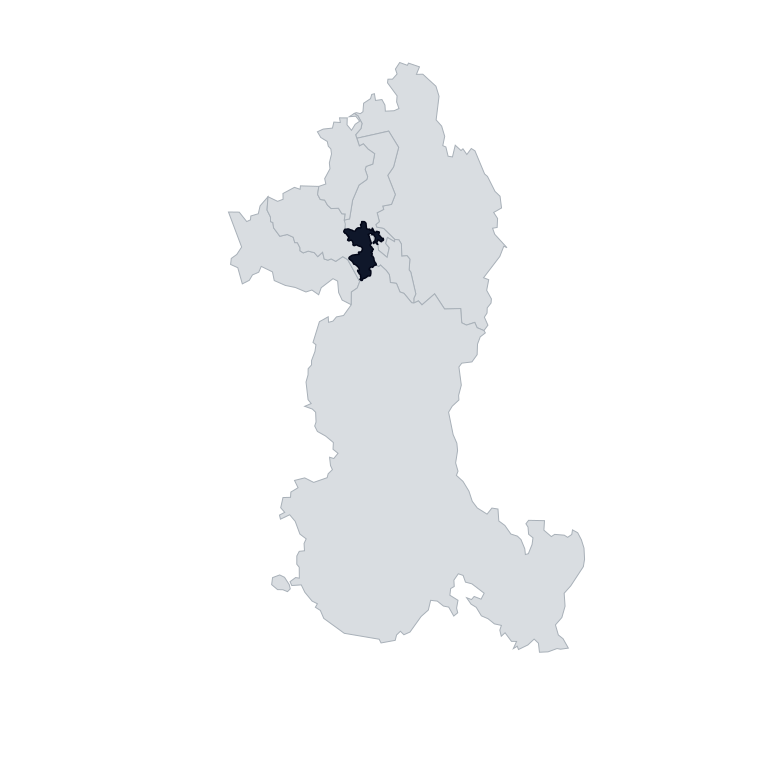 Tajikistan highlighted among its neighbors, rotated 74°
{"feature_id": "TJK", "entity_name": "Tajikistan", "entity_type": "country or territory", "adm_level": 0, "iso_a3": "TJK", "parent_name": "Asia", "parent_adm1": "", "projection": "robinson", "projection_center": [70.744, 38.86], "detail": "fine", "context": "with_neighbors", "style": "filled", "palette": "ink", "viewbox_px": 768, "rotation_deg": 74, "n_neighbors": 7, "source": "natural_earth", "source_scale": "50m", "svg_char_len": 11708}
<svg xmlns="http://www.w3.org/2000/svg" viewBox="0 0 768 768"><g transform="rotate(74 384 384)"><path d="M360.2,273.2L355.5,279.0L349.8,279.8L350.1,288.5L346.6,292.4L332.6,289.5L328.6,305.1L311.3,310.5L318.4,325.7L313.6,328.0L314.4,333.0L309.9,331.7L306.2,328.6L283.8,327.4L281.3,328.4L271.1,324.7L267.0,326.5L266.0,331.7L254.3,328.7L249.6,329.9L248.0,333.8L234.4,341.5L231.2,347.8L228.5,347.9L226.6,343.7L217.5,343.4L216.1,336.2L212.6,336.2L213.4,327.3L205.0,320.9L184.5,322.9L178.0,315.0L160.6,304.7L142.2,309.8L140.3,342.2L136.6,342.6L132.1,335.7L127.4,333.3L119.1,335.1L115.7,338.0L115.5,335.9L117.6,332.2L116.5,329.2L108.5,326.2L106.0,318.3L102.3,316.0L102.3,313.2L109.1,314.0L110.0,307.6L116.1,306.2L122.1,307.5L124.1,299.0L123.3,293.7L116.3,294.1L110.6,292.0L95.5,297.6L92.1,296.2L93.3,291.8L89.6,286.0L84.4,286.2L79.3,280.3L84.1,273.7L82.3,272.0L88.9,262.5L95.3,267.5L96.9,261.3L112.1,252.0L122.6,251.8L144.5,261.1L152.0,257.5L162.7,257.4L171.1,261.8L173.2,259.2L182.7,259.6L184.6,255.6L174.1,249.7L180.8,245.6L179.7,243.3L186.2,241.1L181.7,235.2L184.9,232.3L209.8,229.4L213.0,227.3L229.5,224.2L235.5,220.7L247.2,222.5L249.3,231.3L256.2,229.2L264.7,232.1L264.2,236.7L270.6,236.3L286.9,228.2L284.6,230.9L293.3,237.5L309.3,259.0L312.6,254.6L322.3,259.5L331.8,257.3L335.7,258.8L339.3,263.8L344.2,265.4L347.4,269.1L356.1,267.9L360.2,273.2Z" fill="#d9dde1" stroke="#a8b0b8" stroke-width="1"/><path d="M140.3,342.2L142.2,309.8L160.6,304.7L178.0,315.0L184.5,322.9L205.0,320.9L213.4,327.3L212.6,336.2L216.1,336.2L217.5,343.4L226.6,343.7L228.5,347.9L231.2,347.8L234.4,341.5L248.0,333.8L250.1,334.6L244.1,340.3L249.4,343.6L254.5,341.4L263.1,346.1L253.9,352.4L245.4,351.8L244.4,349.3L245.9,345.2L236.2,347.3L230.4,357.8L224.4,357.4L222.4,361.3L227.7,363.4L229.3,370.0L225.1,379.0L215.5,377.0L215.8,371.6L198.6,363.5L185.9,353.2L182.7,344.2L180.3,342.6L172.6,343.0L169.9,341.2L169.5,334.2L160.1,329.5L153.8,334.6L147.5,337.6L148.4,342.1L140.3,342.2Z" fill="#d9dde1" stroke="#a8b0b8" stroke-width="1"/><path d="M298.8,393.6L291.8,401.1L283.6,402.4L272.3,400.2L268.7,404.0L274.1,417.8L280.2,422.2L273.8,427.4L274.0,433.7L266.8,442.6L262.1,451.6L254.3,461.0L245.5,460.3L237.1,469.6L242.0,473.6L242.9,480.4L247.2,484.9L248.7,492.6L231.9,492.5L226.8,498.5L221.2,496.2L218.9,489.8L213.1,483.1L175.8,486.1L178.9,475.8L190.0,471.2L189.4,467.1L185.8,465.7L185.7,457.9L178.6,454.0L172.0,443.9L184.6,448.5L192.1,447.1L196.6,448.3L198.2,446.3L203.4,447.1L213.3,443.4L213.6,435.8L217.9,430.8L223.5,430.8L224.3,428.3L230.0,427.2L232.8,428.0L235.7,425.5L235.4,420.2L238.5,414.8L243.3,412.6L240.4,406.7L247.4,407.0L249.5,403.8L249.2,400.3L252.8,396.6L250.2,388.5L254.5,384.6L278.8,379.1L284.3,383.2L286.6,390.0L298.8,393.6Z" fill="#d9dde1" stroke="#a8b0b8" stroke-width="1"/><path d="M215.5,377.0L219.6,377.1L227.3,380.1L232.6,377.2L235.1,378.9L237.5,374.9L241.8,375.0L243.7,370.2L246.9,367.1L250.8,369.1L250.0,371.8L252.2,372.2L251.6,379.7L254.5,382.6L260.3,379.8L264.8,375.9L277.4,376.5L278.8,379.1L254.5,384.6L250.2,388.5L252.8,396.6L249.2,400.3L249.5,403.8L247.4,407.0L240.4,406.7L243.3,412.6L238.5,414.8L235.4,420.2L235.7,425.5L232.8,428.0L230.0,427.2L224.3,428.3L223.5,430.8L217.9,430.8L213.6,435.8L213.3,443.4L203.4,447.1L198.2,446.3L196.6,448.3L192.1,447.1L184.6,448.5L172.0,443.9L179.1,435.9L178.6,430.1L173.0,428.6L170.3,415.9L173.7,411.0L170.5,409.7L176.1,392.2L183.5,395.6L189.1,394.4L190.8,390.4L196.6,389.0L200.8,386.4L202.5,379.3L208.7,377.6L209.9,374.4L215.5,377.0Z" fill="#d9dde1" stroke="#a8b0b8" stroke-width="1"/><path d="M248.0,333.8L249.6,329.9L254.3,328.7L266.0,331.7L267.0,326.5L271.1,324.7L281.3,328.4L283.8,327.4L306.2,328.6L309.9,331.7L314.4,333.0L313.5,335.0L302.4,339.8L299.9,343.3L290.7,344.3L288.2,349.9L280.5,348.7L275.5,350.5L268.7,354.6L269.7,356.7L267.7,358.7L254.0,360.1L245.0,357.2L237.1,357.9L237.9,352.8L245.7,354.3L248.4,351.5L253.9,352.4L263.1,346.1L254.5,341.4L249.4,343.6L244.1,340.3L250.1,334.6L248.0,333.8Z" fill="#d9dde1" stroke="#a8b0b8" stroke-width="1"/><path d="M115.7,338.0L119.1,335.1L127.4,333.3L132.1,335.7L136.6,342.6L148.4,342.1L147.5,337.6L153.8,334.6L160.1,329.5L169.5,334.2L169.9,341.2L172.6,343.0L180.3,342.6L182.7,344.2L185.9,353.2L198.6,363.5L215.8,371.6L215.5,377.0L209.9,374.4L208.7,377.6L202.5,379.3L200.8,386.4L196.6,389.0L190.8,390.4L189.1,394.4L183.5,395.6L176.1,392.2L175.7,384.8L170.2,384.4L162.2,376.6L156.4,375.6L148.5,371.1L143.4,370.3L140.1,372.0L135.2,371.7L129.7,376.8L123.2,378.5L122.2,372.2L123.8,363.0L118.4,360.0L120.6,353.9L115.9,353.4L118.1,346.0L124.7,348.1L131.2,345.3L126.4,340.1L124.7,335.0L118.8,337.3L117.5,343.7L115.7,338.0Z" fill="#d9dde1" stroke="#a8b0b8" stroke-width="1"/><path d="M545.9,547.3L539.4,544.5L538.8,536.9L542.4,532.9L550.7,530.4L555.1,530.6L557.0,534.0L553.9,537.9L552.3,543.0L545.9,547.3ZM314.4,333.0L313.6,328.0L318.4,325.7L311.3,310.5L328.6,305.1L332.6,289.5L346.6,292.4L350.1,288.5L349.8,279.8L355.5,279.0L360.2,273.2L362.8,272.5L365.2,278.5L371.4,283.1L381.5,286.4L387.0,293.4L385.4,303.5L388.3,307.3L406.4,310.0L415.5,315.4L420.0,316.4L424.1,324.5L428.9,329.7L451.7,331.5L461.0,330.3L468.2,331.6L479.6,336.9L488.2,336.9L491.8,339.6L499.4,334.9L510.4,331.9L521.1,331.5L528.9,328.5L537.5,320.8L533.0,314.5L535.6,308.9L547.3,311.4L553.3,306.8L563.2,303.4L567.0,297.7L571.3,295.2L581.2,294.1L586.9,295.1L586.9,292.0L579.1,285.9L572.9,283.2L568.3,286.4L561.2,285.0L557.5,286.1L554.9,282.6L559.6,267.4L568.6,270.6L576.8,265.2L575.6,261.4L579.0,252.4L582.0,249.7L580.4,245.0L576.2,243.0L580.4,238.8L588.2,237.2L596.9,237.0L607.7,239.5L614.5,242.7L629.5,260.1L634.8,268.5L647.5,271.2L657.5,277.4L662.8,285.6L673.3,285.6L678.2,282.1L688.7,279.6L687.6,287.4L686.0,290.6L686.7,300.1L684.7,308.5L675.7,307.0L670.6,310.0L674.5,317.6L676.3,327.9L672.8,328.2L674.0,332.6L668.0,327.5L666.5,332.4L656.5,336.2L658.8,340.8L652.5,340.5L648.4,337.7L645.0,344.0L638.3,348.7L633.7,354.3L624.1,356.9L619.6,361.0L612.2,363.5L615.3,359.3L613.1,355.9L617.6,350.0L612.7,345.4L600.3,354.6L596.9,360.3L589.8,360.7L586.9,364.9L591.8,370.9L598.0,372.3L599.0,376.3L605.2,378.9L612.3,372.5L619.4,376.0L624.2,376.2L626.3,380.9L616.3,383.3L613.8,388.1L607.4,392.6L604.8,398.8L613.5,403.7L617.7,412.4L629.6,427.4L630.5,434.0L626.2,436.4L628.7,441.1L633.5,443.9L632.1,458.2L628.0,459.0L612.7,490.9L592.7,506.5L584.1,507.6L579.7,511.5L576.9,508.6L572.8,513.0L562.4,517.5L554.3,518.9L552.3,528.2L548.1,528.8L545.7,522.3L547.3,518.9L536.8,516.0L533.2,517.5L525.3,515.2L521.5,511.6L522.4,506.4L515.3,504.8L511.4,501.5L505.1,506.2L491.6,507.2L483.7,510.7L485.4,520.8L481.2,520.6L480.0,514.8L474.5,517.4L465.3,512.4L467.2,505.1L462.2,503.3L460.0,495.2L452.0,496.6L452.4,486.1L459.2,478.7L458.4,464.5L454.9,462.4L452.1,457.2L447.7,457.9L439.4,456.5L441.8,452.8L437.9,447.3L432.7,451.0L426.3,448.8L417.9,454.5L411.3,461.1L405.3,462.2L401.8,459.8L392.3,457.5L388.3,459.8L383.6,466.4L382.7,459.4L378.1,461.3L360.6,458.4L354.3,454.5L348.4,452.7L345.7,448.4L341.5,447.2L333.7,441.4L327.5,438.6L324.5,440.8L306.3,428.9L304.0,419.1L309.4,420.3L309.5,415.8L306.4,411.2L307.0,404.0L298.8,393.6L286.6,390.0L284.3,383.2L278.8,379.1L277.4,376.5L276.5,368.0L272.0,366.0L269.6,366.9L267.7,358.7L269.7,356.7L268.7,354.6L275.5,350.5L280.5,348.7L288.2,349.9L290.7,344.3L299.9,343.3L302.4,339.8L313.5,335.0L314.4,333.0Z" fill="#d9dde1" stroke="#a8b0b8" stroke-width="1"/><path d="M224.5,378.7L224.8,378.1L225.0,375.9L225.3,375.2L226.4,373.9L227.0,372.9L227.6,372.0L228.1,371.8L228.5,371.1L228.9,370.4L229.0,369.9L229.0,369.5L228.8,369.3L228.2,368.8L227.5,368.0L227.1,367.2L226.8,366.2L226.8,365.5L227.5,363.5L227.4,363.2L227.2,362.9L226.8,362.7L226.2,362.6L225.6,362.7L224.8,362.7L224.3,362.6L224.1,362.5L224.1,361.6L223.9,361.4L223.7,361.2L222.1,360.8L221.8,360.6L221.8,360.4L222.4,358.4L222.6,358.3L222.8,357.9L223.2,357.6L224.5,357.0L225.9,357.3L227.1,357.5L228.3,357.7L228.7,357.8L229.4,357.9L229.9,357.8L230.2,357.6L230.8,356.9L231.0,356.0L231.2,355.1L231.5,355.0L231.9,355.1L232.0,355.0L232.1,354.7L232.3,354.5L232.6,354.7L232.8,354.5L232.8,354.3L232.5,354.0L232.3,353.6L232.3,353.4L232.4,353.2L233.1,353.1L233.5,353.1L233.6,352.9L233.6,352.6L233.3,352.5L232.3,352.6L231.2,352.5L231.1,352.4L231.1,352.2L231.3,352.1L233.5,351.7L234.6,351.9L235.5,352.0L235.8,351.9L235.4,351.2L235.9,351.1L236.0,350.8L235.3,348.7L235.7,348.5L236.1,348.1L236.1,347.3L236.4,346.9L236.8,346.7L237.4,346.9L238.4,347.7L238.7,347.9L239.0,347.9L239.4,347.7L241.1,346.9L242.0,346.5L243.2,345.9L243.4,345.6L243.7,344.7L244.0,344.6L245.2,345.7L245.8,346.3L245.8,346.5L245.6,346.7L245.7,346.8L246.5,347.2L246.5,347.3L246.3,347.6L246.2,347.8L245.0,348.7L243.8,349.7L243.8,349.8L243.7,350.1L243.7,350.3L243.9,350.5L244.4,350.7L244.9,350.8L245.1,351.3L245.4,351.8L245.8,351.9L247.5,351.6L248.0,351.6L247.9,352.0L246.4,352.5L245.7,353.0L245.6,353.7L245.4,353.9L245.1,354.1L244.8,354.1L244.3,353.3L243.8,353.1L243.0,352.8L241.6,352.2L240.8,351.9L239.3,352.3L237.6,352.8L237.4,353.2L237.2,353.5L237.2,353.8L237.3,354.1L237.2,354.4L236.9,354.5L236.4,354.2L236.0,354.0L235.8,354.4L235.6,355.2L235.4,355.8L235.8,356.6L235.9,357.9L236.6,357.8L237.1,357.8L238.1,357.5L238.6,357.5L239.4,357.6L240.7,357.6L241.8,357.6L242.0,357.6L242.3,357.4L242.5,357.4L242.8,357.7L243.9,357.4L244.7,357.3L245.1,357.4L245.4,357.5L245.9,358.4L246.3,358.9L246.8,359.0L248.3,358.9L248.7,358.2L249.1,358.0L249.7,357.9L250.3,357.8L250.7,357.5L251.2,357.2L251.7,357.2L251.9,357.4L252.0,357.6L251.9,358.0L251.9,358.3L252.2,358.5L253.2,358.6L253.6,358.8L253.6,359.2L253.5,359.8L253.9,360.1L254.1,360.1L255.5,359.4L255.8,359.4L256.1,359.8L256.6,360.2L257.2,360.7L257.4,360.6L257.6,360.1L258.1,359.6L259.1,359.4L259.6,359.2L260.2,359.1L261.9,359.4L262.4,359.4L263.6,359.3L264.5,359.2L265.2,358.9L265.6,358.6L266.2,358.5L267.0,358.5L267.4,358.6L267.4,359.0L267.3,359.9L267.2,360.5L267.8,361.6L268.2,362.1L268.6,362.5L268.7,362.8L268.6,363.1L268.1,363.3L268.0,363.6L267.9,363.8L268.0,364.2L268.3,365.2L268.7,366.0L269.2,366.4L269.9,366.7L270.3,366.6L270.6,366.0L271.1,365.5L271.5,365.6L272.1,365.6L273.9,366.1L275.6,366.9L276.1,367.3L276.2,367.8L275.8,369.0L275.8,369.7L275.9,370.5L276.3,371.1L276.7,372.1L276.8,372.9L276.9,373.1L277.1,373.4L276.9,374.2L276.8,374.9L276.9,375.2L277.5,375.6L278.3,376.3L278.4,376.8L278.2,377.2L277.7,377.7L277.0,378.0L276.8,378.2L276.7,378.1L276.3,377.7L275.6,377.1L275.1,376.8L274.1,376.9L273.5,376.8L272.8,376.5L272.2,376.6L271.7,377.0L271.5,377.3L270.8,377.5L269.9,377.7L268.4,378.2L267.7,378.1L267.5,377.9L267.7,377.7L268.2,377.3L268.3,376.9L268.2,376.5L267.7,376.4L267.4,376.3L266.5,376.1L265.7,376.2L264.5,376.6L262.2,377.9L261.2,378.7L260.4,380.0L258.3,380.4L256.8,381.1L255.2,382.3L254.2,383.0L253.7,383.1L253.2,382.9L252.7,382.6L252.2,381.6L251.8,380.1L251.5,379.1L251.6,377.9L251.8,376.4L252.0,374.9L252.3,373.2L252.5,372.6L252.5,372.2L252.3,372.0L251.8,372.0L251.1,372.2L250.6,372.3L250.3,372.1L250.4,371.3L250.7,369.9L250.1,368.7L248.7,367.7L247.4,367.4L246.4,367.7L245.5,368.4L244.8,369.7L244.0,370.7L243.3,371.5L242.7,371.9L242.6,372.1L242.4,372.4L242.8,373.5L242.8,374.4L242.4,375.1L241.9,375.4L241.3,375.4L240.9,375.2L240.5,374.9L239.7,374.9L238.2,375.0L237.3,375.4L236.7,375.9L236.6,376.7L236.8,377.7L236.7,378.4L236.2,378.9L235.9,379.2L235.6,379.3L235.0,378.9L234.0,377.9L233.4,377.4L233.0,377.3L232.8,377.4L232.6,377.5L232.4,377.9L232.0,378.0L231.6,377.9L231.2,378.0L231.0,378.3L230.3,378.6L229.1,379.0L228.5,379.5L228.4,379.9L228.2,380.1L227.9,380.1L226.8,380.7L226.0,380.5L225.1,379.7L224.6,379.0L224.5,378.7ZM246.1,355.2L245.5,355.6L245.1,355.5L244.8,355.2L244.6,354.9L244.5,354.7L245.1,354.9L245.8,355.0L246.1,355.1L246.1,355.2ZM245.8,345.5L245.5,345.5L245.2,345.1L245.0,344.8L245.2,344.7L245.5,344.9L245.7,345.2L245.8,345.5Z" fill="#0f172a" stroke="#020617" stroke-width="1.5"/></g></svg>